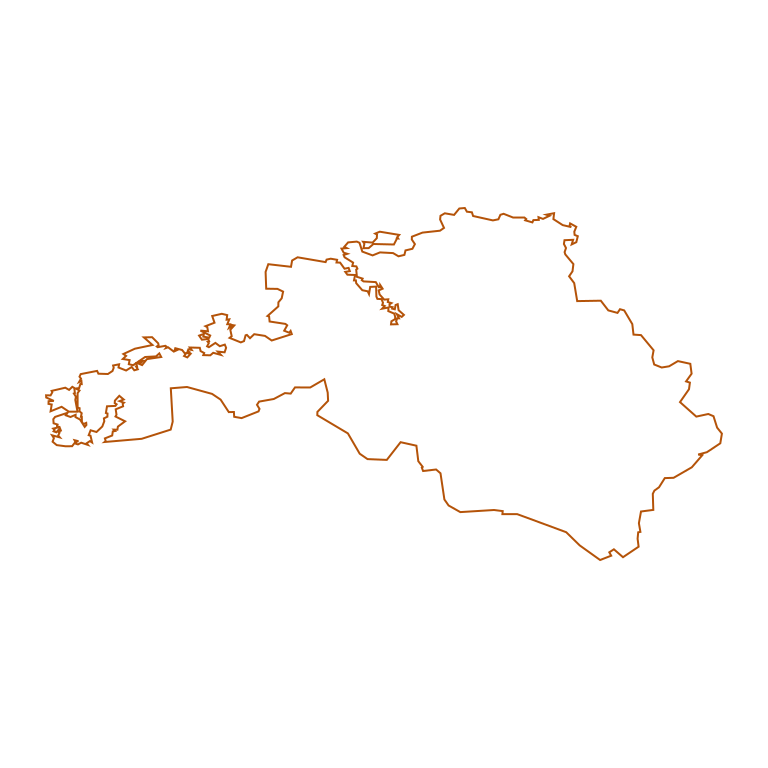 Fjaler nor, Sogn og Fjordane, Norway (Mercator projection)
{"feature_id": "86288312B14759313964595", "entity_name": "Fjaler nor", "entity_type": "district", "adm_level": 2, "iso_a3": "NOR", "parent_name": "Norway", "parent_adm1": "Sogn og Fjordane", "projection": "mercator", "projection_center": [5.23, 61.279], "detail": "fine", "context": "isolated", "style": "outline", "palette": "amber", "viewbox_px": 768, "rotation_deg": 0, "n_neighbors": 0, "source": "geoboundaries", "source_scale": "gbopen_adm2", "svg_char_len": 6039}
<svg xmlns="http://www.w3.org/2000/svg" viewBox="0 0 768 768"><path d="M554.1,213.2L546.3,214.7L549.5,215.8L543.0,218.9L538.5,217.2L538.8,219.9L533.4,220.1L532.4,222.4L525.2,220.3L526.2,219.0L524.4,217.5L513.0,217.5L503.6,213.8L500.4,214.8L498.4,219.3L492.9,220.4L473.1,216.0L471.9,212.3L466.9,211.7L464.8,208.0L459.3,208.5L454.1,214.9L444.8,213.3L440.5,215.8L440.1,219.5L444.0,227.9L440.0,230.7L422.5,232.6L411.9,236.7L411.8,239.5L414.9,244.1L412.4,248.8L405.5,250.4L404.4,254.9L398.5,256.3L393.1,253.1L380.0,252.4L372.6,255.4L362.3,251.6L359.5,242.8L356.8,241.6L348.1,242.4L344.3,246.8L346.8,248.1L341.5,248.6L343.7,252.7L347.3,253.8L343.6,255.0L344.6,257.3L353.1,262.6L352.3,266.0L356.4,266.4L357.4,268.7L356.2,269.6L356.9,276.8L362.6,278.6L361.8,280.2L363.5,281.4L375.8,282.1L378.8,287.2L380.1,287.2L380.2,285.0L382.6,288.7L378.7,290.4L379.6,294.5L384.2,299.6L388.3,299.3L387.8,302.0L391.4,303.1L389.5,304.4L389.6,306.7L392.6,307.2L392.1,308.6L394.8,309.3L395.6,305.0L397.7,304.2L398.6,310.2L403.9,314.9L401.7,316.9L396.9,314.2L399.0,318.3L397.2,318.3L396.1,321.4L397.4,324.2L391.0,324.4L391.4,321.3L395.1,319.1L395.2,316.8L394.2,313.6L388.3,311.1L388.5,307.5L382.1,308.7L384.7,306.0L382.2,305.0L383.0,302.8L381.5,299.1L377.4,298.9L376.4,296.6L376.1,286.6L370.2,286.9L369.0,294.1L367.7,291.3L362.3,290.2L356.2,283.2L355.9,280.4L354.0,280.4L355.1,275.0L347.4,274.7L345.3,271.9L349.8,271.1L348.6,267.9L344.5,268.7L340.1,262.6L336.5,262.5L337.1,259.8L330.7,258.7L326.6,259.6L325.6,262.1L297.6,257.3L292.1,260.5L291.0,266.8L268.3,264.2L265.6,271.9L266.2,288.7L277.5,288.9L283.1,291.6L281.7,298.3L278.4,302.3L278.3,306.4L267.5,316.0L269.1,316.5L269.6,321.5L285.4,323.9L287.2,325.3L284.2,330.7L289.2,332.7L290.6,330.9L291.8,334.1L271.7,340.5L265.0,335.9L254.2,334.2L250.0,338.2L246.9,334.9L245.6,335.3L244.0,341.1L240.8,342.4L229.6,337.9L231.7,336.2L230.3,329.8L234.3,325.4L230.9,324.8L232.3,325.8L229.0,327.9L230.5,324.3L231.4,324.4L227.3,324.2L229.3,319.3L226.6,319.7L227.2,315.1L221.8,313.8L212.2,316.0L214.5,322.7L205.5,326.2L207.3,327.2L208.0,331.3L200.4,330.6L210.2,335.5L209.2,337.7L203.3,336.6L203.9,333.9L199.1,335.6L201.9,339.7L208.2,339.0L209.1,341.3L207.7,341.7L208.8,343.1L207.1,346.3L208.9,347.2L215.4,342.9L219.8,346.2L224.8,344.6L226.1,347.8L224.6,352.3L217.8,351.6L220.9,354.9L213.2,352.8L210.3,355.3L203.3,355.1L204.2,353.0L200.6,351.1L199.8,347.8L189.8,347.5L191.6,349.9L188.4,349.3L187.7,351.1L189.2,352.0L186.5,352.9L190.5,353.9L187.3,357.4L184.1,356.0L185.5,354.2L182.1,350.0L175.3,348.2L174.8,349.8L176.6,350.3L173.8,351.6L168.1,347.3L165.8,348.1L166.7,346.8L165.4,345.8L157.7,347.2L156.8,346.5L158.6,345.2L158.2,343.3L152.1,337.2L143.9,337.4L152.5,345.0L134.9,348.7L123.4,354.0L126.1,355.9L122.8,359.0L129.6,360.1L128.8,364.2L133.1,365.2L145.1,357.0L156.0,356.4L159.3,353.4L161.2,357.0L146.9,359.1L142.1,365.1L139.7,364.1L142.7,361.0L139.2,361.2L139.8,363.5L136.3,363.1L137.1,366.7L136.2,366.7L137.8,369.3L134.3,370.3L131.7,367.0L126.1,370.5L118.5,367.5L119.1,364.3L113.1,365.5L113.7,367.8L112.5,371.0L107.9,374.0L98.4,373.7L97.1,370.9L80.7,374.1L79.5,376.7L81.0,378.6L79.1,382.0L81.4,380.9L81.7,384.1L80.4,384.0L79.1,388.1L75.8,388.5L79.5,390.5L77.6,393.1L77.6,407.6L79.6,408.2L79.5,411.3L81.7,413.2L80.9,416.8L81.8,416.8L81.9,421.8L83.4,424.1L86.2,422.9L86.4,425.0L84.7,426.9L80.0,419.5L75.5,417.1L75.6,414.8L70.5,417.0L65.8,415.3L67.5,412.8L55.1,416.9L53.3,419.2L53.6,423.3L58.4,424.8L57.0,425.0L57.1,427.1L60.3,426.9L53.2,428.6L54.6,430.0L53.6,431.3L56.3,432.3L60.0,428.3L60.9,430.6L58.3,431.9L59.5,432.8L58.2,435.5L59.8,437.4L52.1,435.3L53.9,438.1L52.6,441.7L56.7,445.1L65.7,446.3L72.1,446.2L75.4,442.0L74.5,440.2L78.5,441.2L76.3,441.6L76.2,443.9L78.0,444.4L81.2,442.7L87.9,444.9L86.6,443.3L89.9,441.1L92.1,442.5L90.5,435.7L88.7,435.2L90.6,430.3L96.5,432.0L102.3,426.5L104.3,421.2L103.9,418.4L107.4,416.7L107.5,413.5L105.9,413.0L107.0,406.3L115.4,405.9L116.6,404.3L114.7,403.1L114.9,400.6L119.3,395.8L123.7,399.5L119.6,401.1L123.9,402.7L122.7,403.6L123.1,406.3L115.7,409.3L116.5,414.7L115.5,416.5L125.1,421.3L117.9,426.6L117.4,429.7L113.8,429.6L115.1,431.0L112.8,431.4L112.2,435.5L104.9,438.4L105.7,441.1L104.6,442.0L141.7,438.8L170.7,429.6L172.7,421.6L170.8,388.3L187.0,387.0L212.1,393.9L220.6,399.6L228.8,412.1L233.9,412.0L234.2,416.8L241.6,418.1L258.5,411.4L259.5,408.9L257.0,404.8L259.1,401.6L273.8,399.0L284.9,393.1L290.7,393.6L295.0,387.4L310.2,387.5L324.3,379.3L327.7,392.6L328.1,400.8L317.4,411.9L317.3,415.2L347.9,433.4L359.7,453.7L367.5,459.1L386.8,459.9L400.6,442.2L416.4,445.7L418.3,461.2L422.7,466.9L421.8,467.6L423.1,471.0L436.1,469.5L440.5,473.3L444.4,499.5L448.6,505.5L460.3,512.1L494.0,510.0L502.7,511.1L502.4,514.1L517.1,514.1L566.2,532.2L579.7,545.4L600.1,560.0L611.2,555.7L609.3,552.3L613.9,549.3L623.0,557.2L638.6,546.7L637.6,538.7L638.2,532.3L640.4,531.9L638.9,523.2L641.0,511.5L653.3,509.9L652.8,493.8L654.4,490.6L659.0,487.3L664.8,478.1L673.6,477.8L691.8,467.3L702.2,455.3L698.2,454.5L706.9,452.2L720.3,443.3L721.9,433.6L717.1,427.6L713.5,416.2L708.3,414.0L696.3,416.6L680.0,402.1L689.0,389.2L689.9,382.6L686.1,381.4L691.6,373.7L690.3,363.8L677.9,361.1L669.1,366.3L661.7,367.5L654.2,364.5L652.3,357.4L653.6,350.3L641.0,335.1L633.5,334.6L632.3,324.1L624.2,310.4L620.0,309.2L617.5,312.9L608.3,310.4L600.8,300.7L577.2,301.1L574.2,283.1L569.1,276.3L572.5,271.3L573.4,264.1L565.3,254.4L564.6,252.1L566.0,248.0L563.9,244.0L564.5,240.2L573.1,239.8L571.7,244.4L576.3,242.2L577.8,236.2L574.6,234.9L574.3,231.7L576.3,226.8L570.1,223.4L569.5,226.1L571.3,227.1L562.7,225.1L553.4,219.1L554.1,213.2ZM65.3,387.7L51.6,390.9L52.3,392.3L50.6,395.4L46.1,395.3L46.2,397.5L53.8,400.9L48.6,401.2L48.5,403.9L51.7,404.5L50.6,411.3L61.6,406.8L68.9,411.7L77.5,411.7L75.3,399.9L75.9,396.7L73.9,393.5L74.9,393.1L74.3,388.0L72.3,386.8L69.1,389.9L65.3,387.7ZM379.8,231.7L375.2,233.6L377.0,234.6L376.8,238.2L372.6,242.6L363.1,241.8L364.4,243.7L363.5,248.2L368.7,248.1L373.4,244.0L393.9,244.5L396.8,238.9L395.9,238.4L398.2,238.5L397.3,237.1L399.2,234.9L379.8,231.7Z" fill="none" stroke="#b45309" stroke-width="2"/></svg>